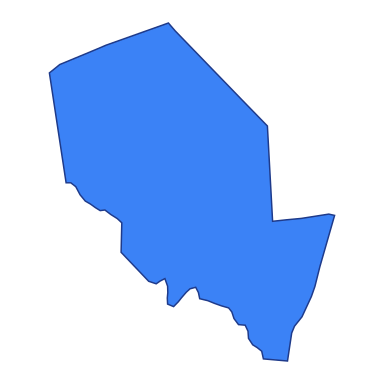 the district of São José do Sabugi, Paraíba, Brazil
{"feature_id": "56859067B5219059609042", "entity_name": "São José do Sabugi", "entity_type": "district", "adm_level": 2, "iso_a3": "BRA", "parent_name": "Brazil", "parent_adm1": "Paraíba", "projection": "natural_earth1", "projection_center": [-36.818, -6.823], "detail": "fine", "context": "isolated", "style": "filled", "palette": "blue", "viewbox_px": 384, "rotation_deg": 0, "n_neighbors": 0, "source": "geoboundaries", "source_scale": "gbopen_adm2", "svg_char_len": 883}
<svg xmlns="http://www.w3.org/2000/svg" viewBox="0 0 384 384"><path d="M334.6,215.4L328.8,214.1L301.4,218.4L286.5,219.8L272.6,221.3L267.4,126.0L241.3,99.2L175.1,30.8L168.4,23.0L106.0,45.2L95.7,49.6L59.8,64.5L49.4,72.9L66.1,182.8L70.8,182.8L75.8,186.7L80.1,194.8L85.3,201.1L90.2,203.9L95.5,207.7L100.2,210.6L104.9,210.0L110.8,214.5L117.3,218.6L121.8,222.8L121.1,252.3L148.7,281.3L156.2,283.8L160.2,281.0L164.9,278.6L167.6,286.2L167.8,292.6L167.3,298.0L167.6,304.1L173.6,306.6L178.3,301.8L181.3,298.0L186.2,292.3L190.0,288.8L195.7,287.3L198.4,292.5L199.7,298.7L207.9,300.7L214.3,303.3L221.6,305.9L228.6,307.9L231.8,311.9L234.0,318.6L238.5,324.6L245.2,325.2L248.0,331.2L248.5,338.4L252.7,344.8L257.2,347.6L261.7,351.2L263.4,358.9L287.5,361.0L291.7,333.0L294.5,326.2L302.0,316.8L311.4,296.5L314.9,286.5L319.9,266.6L334.6,215.4Z" fill="#3b82f6" stroke="#1e3a8a" stroke-width="1.5"/></svg>